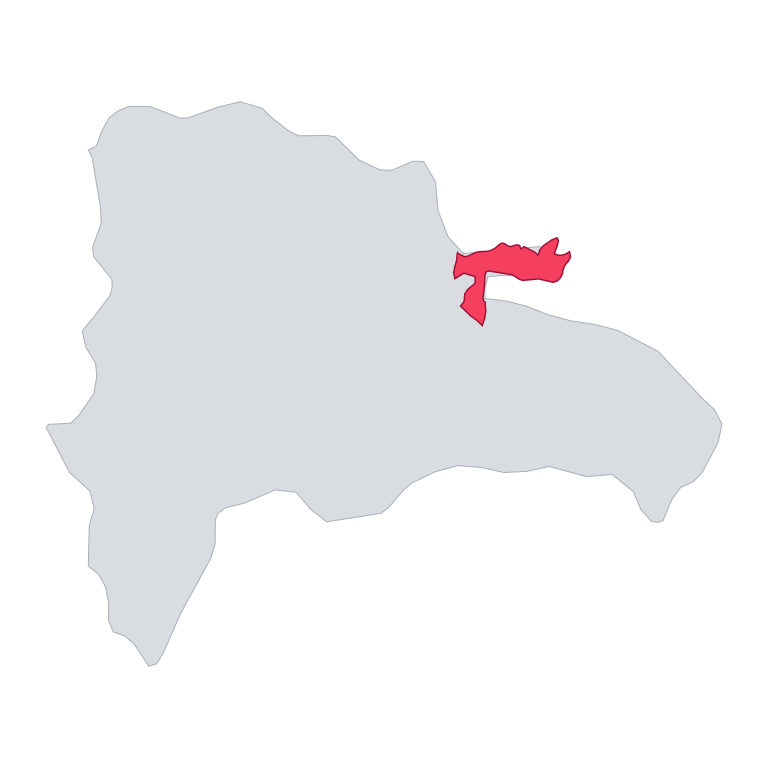 location of Samaná within Dominican Republic
{"feature_id": "DOM-1983", "entity_name": "Samaná", "entity_type": "Province", "adm_level": 1, "iso_a3": "DOM", "parent_name": "Dominican Republic", "parent_adm1": "", "projection": "equal_earth", "projection_center": [-69.507, 19.186], "detail": "fine", "context": "in_parent", "style": "filled", "palette": "rose", "viewbox_px": 768, "rotation_deg": 0, "n_neighbors": 0, "source": "natural_earth", "source_scale": "10m", "svg_char_len": 2427}
<svg xmlns="http://www.w3.org/2000/svg" viewBox="0 0 768 768"><path d="M88.3,566.0L89.3,525.1L94.3,508.5L89.8,491.0L69.5,472.4L57.1,448.5L46.1,427.3L48.6,424.3L70.8,423.3L78.7,415.5L93.7,393.9L96.8,376.4L95.6,363.3L86.0,347.5L82.2,330.9L94.3,316.4L110.1,295.3L112.2,287.2L111.9,279.2L93.7,256.9L92.6,247.4L101.2,223.3L100.4,207.3L92.2,157.5L88.2,150.0L96.4,145.9L101.8,131.0L109.0,117.8L118.5,110.7L129.2,106.3L150.5,106.6L180.0,118.1L188.3,117.9L216.7,107.5L240.2,101.7L262.3,108.3L271.2,117.3L289.5,131.5L298.6,135.8L327.5,135.5L335.4,136.9L359.5,160.4L379.9,169.8L391.8,170.3L413.0,161.2L423.6,161.5L435.6,181.8L438.0,210.6L448.1,236.8L463.5,253.6L539.9,246.6L556.9,260.4L551.1,271.8L540.3,277.9L504.0,275.2L488.1,276.6L484.9,288.0L484.9,298.5L506.1,301.0L526.9,306.4L548.2,314.8L569.8,320.6L594.1,324.4L618.0,330.5L658.0,351.3L702.3,398.4L714.1,409.2L721.9,424.0L718.2,442.2L702.5,472.0L693.6,481.6L680.6,487.5L671.7,499.7L663.1,520.6L657.8,522.4L651.6,521.5L641.0,509.7L633.3,491.5L612.0,474.4L586.6,476.6L549.3,466.5L526.7,471.4L504.1,472.5L480.9,467.4L457.7,465.6L434.4,472.0L411.9,483.0L403.6,489.9L389.1,506.9L381.4,513.2L326.6,521.8L310.8,509.3L296.2,492.3L275.1,489.9L244.5,503.1L225.4,507.9L217.6,513.6L215.3,520.0L215.1,543.9L210.8,558.3L180.8,613.1L163.8,651.8L156.8,663.7L148.8,666.3L134.2,644.1L124.8,636.0L113.3,632.0L108.4,620.2L108.7,603.4L105.7,587.1L98.6,574.4L88.3,566.0Z" fill="#d9dde1" stroke="#a8b0b8" stroke-width="1"/><path d="M457.6,252.6L458.3,253.5L464.6,256.8L468.4,256.0L475.5,252.5L479.2,251.7L487.5,251.3L491.2,250.3L494.9,248.3L500.4,243.7L502.5,243.1L504.4,243.6L508.3,246.1L510.7,246.6L515.2,245.2L517.1,244.9L518.2,245.0L519.2,245.3L519.9,246.0L520.2,247.5L520.8,248.7L522.1,248.2L524.1,246.6L534.8,252.2L537.9,255.1L540.0,249.7L543.4,245.7L551.8,239.9L557.1,237.8L558.4,240.6L557.0,246.5L554.3,253.5L558.0,255.2L562.1,255.2L566.1,253.9L569.5,251.7L570.6,257.1L568.2,261.4L564.9,265.2L563.2,269.5L562.4,274.0L560.3,278.0L557.1,281.0L553.0,282.3L538.6,278.9L522.7,280.4L519.0,279.1L512.2,274.7L488.7,271.0L486.0,271.9L485.0,275.2L484.4,287.0L483.0,297.1L483.6,300.8L485.4,302.4L485.2,304.3L485.8,310.9L484.7,318.4L482.2,325.5L476.9,320.4L471.0,316.2L465.7,311.1L460.5,306.0L464.1,301.6L464.8,293.9L467.3,289.9L470.2,287.4L475.1,283.3L475.1,276.6L463.9,273.2L454.9,278.7L453.7,272.8L454.8,266.7L456.6,260.5L457.2,253.9L457.6,252.6Z" fill="#f43f5e" stroke="#9f1239" stroke-width="1.5"/></svg>